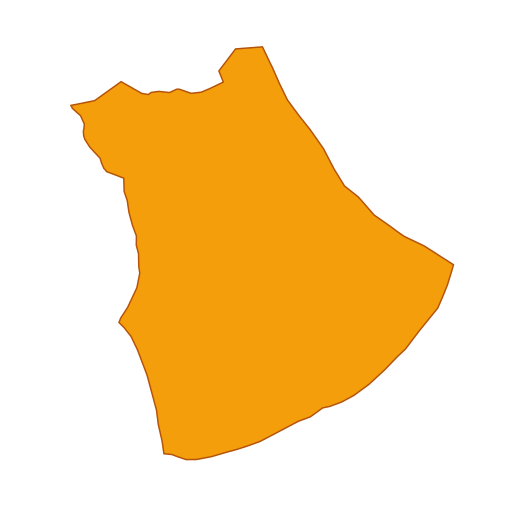 Ukwuani, Delta, Nigeria (Mercator projection), rotated 95°
{"feature_id": "59680162B21365932465956", "entity_name": "Ukwuani", "entity_type": "district", "adm_level": 2, "iso_a3": "NGA", "parent_name": "Nigeria", "parent_adm1": "Delta", "projection": "mercator", "projection_center": [6.243, 5.847], "detail": "fine", "context": "isolated", "style": "filled", "palette": "amber", "viewbox_px": 512, "rotation_deg": 95, "n_neighbors": 0, "source": "geoboundaries", "source_scale": "gbopen_adm2", "svg_char_len": 1372}
<svg xmlns="http://www.w3.org/2000/svg" viewBox="0 0 512 512"><g transform="rotate(95 256 256)"><path d="M122.1,453.5L125.1,451.6L131.5,443.0L139.6,438.5L144.0,438.5L146.6,438.9L151.4,438.1L154.8,436.6L162.1,431.0L166.3,426.4L172.0,420.0L173.2,419.4L177.0,417.9L182.1,415.1L182.8,414.2L185.0,412.1L190.0,394.5L203.1,393.0L212.0,389.1L223.8,386.3L236.3,381.7L246.4,376.9L255.7,376.2L264.0,373.2L276.5,371.9L283.2,370.3L298.0,371.9L318.4,379.4L329.7,385.4L334.2,386.7L338.9,381.1L347.0,373.5L348.3,372.7L359.8,365.9L384.0,354.2L418.5,341.6L432.2,338.7L448.3,333.5L460.5,330.6L461.0,330.5L461.1,322.5L462.4,318.0L464.9,307.9L463.9,297.6L459.7,282.7L454.3,268.9L451.5,261.3L450.0,257.4L445.6,247.0L440.2,235.5L417.0,199.5L413.6,192.3L411.5,187.9L401.5,176.3L399.4,169.4L393.9,157.8L386.2,146.2L373.9,132.2L358.3,118.0L343.7,106.2L335.8,99.1L316.7,87.1L292.0,70.4L280.6,66.6L268.2,62.8L255.7,60.1L247.5,58.5L231.3,89.4L223.6,110.0L219.7,116.8L214.8,124.8L204.9,141.9L191.9,155.4L188.4,159.1L182.4,168.1L178.5,174.0L174.4,177.0L163.0,185.5L143.1,198.2L125.4,213.1L112.1,225.7L97.8,238.3L82.3,247.6L66.6,256.2L63.6,258.1L47.1,267.8L51.5,294.4L74.9,309.1L85.6,303.7L93.5,317.1L97.6,324.9L99.6,334.7L96.5,347.1L96.8,349.6L100.7,356.4L100.5,367.2L102.2,374.7L104.5,377.3L104.0,384.0L94.1,405.6L115.3,430.3L122.1,453.5Z" fill="#f59e0b" stroke="#b45309" stroke-width="1.5"/></g></svg>